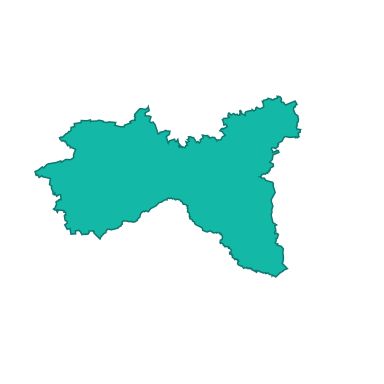 Planeta Rica, Córdoba, Colombia, rotated 64°
{"feature_id": "7082276B80590541322952", "entity_name": "Planeta Rica", "entity_type": "district", "adm_level": 2, "iso_a3": "COL", "parent_name": "Colombia", "parent_adm1": "Córdoba", "projection": "albers", "projection_center": [-75.58, 8.302], "detail": "fine", "context": "isolated", "style": "filled", "palette": "teal", "viewbox_px": 384, "rotation_deg": 64, "n_neighbors": 0, "source": "geoboundaries", "source_scale": "gbopen_adm2", "svg_char_len": 6055}
<svg xmlns="http://www.w3.org/2000/svg" viewBox="0 0 384 384"><g transform="rotate(64 192 192)"><path d="M96.3,194.0L97.0,194.7L97.3,197.9L94.8,201.1L94.4,202.9L97.2,209.6L98.2,209.7L98.8,210.6L100.4,210.2L100.9,211.3L102.6,211.7L101.5,214.2L101.5,216.5L101.7,217.1L103.1,216.6L102.3,223.4L103.7,224.5L101.9,227.8L98.3,232.2L96.1,230.1L92.5,236.0L92.4,237.8L90.3,240.9L89.4,240.8L88.1,242.2L86.5,244.7L86.6,246.1L84.2,251.5L84.3,252.4L82.7,251.7L81.8,255.5L79.2,260.2L81.0,261.3L78.9,267.9L81.8,268.7L80.9,272.4L83.7,273.9L84.2,275.8L83.6,276.4L84.7,278.0L84.4,279.6L86.1,284.6L85.2,285.5L85.2,287.3L87.1,287.4L89.3,286.5L89.3,285.2L90.9,284.4L91.0,283.6L95.9,283.4L95.8,282.4L97.9,281.4L98.9,282.0L99.0,281.0L102.7,277.9L106.3,281.9L109.3,283.5L109.7,287.0L107.4,291.2L108.0,296.4L106.5,296.3L106.0,301.0L103.8,308.5L103.7,310.5L105.3,314.9L103.8,315.6L105.0,320.7L104.8,324.1L108.7,324.8L108.9,323.2L111.9,323.0L111.6,319.8L112.9,319.5L117.7,313.3L122.8,316.8L125.3,315.6L127.1,316.7L130.7,316.9L133.1,317.8L134.1,316.9L132.9,315.7L136.5,315.6L136.1,312.6L136.9,311.3L141.5,313.1L140.6,314.4L140.8,315.6L141.4,315.9L141.0,317.4L141.3,318.6L144.3,319.4L144.8,320.8L146.2,321.6L146.6,323.9L148.1,323.3L149.0,321.0L150.1,322.0L151.2,321.9L149.6,320.0L152.6,315.2L154.0,316.0L154.6,314.5L157.4,315.6L156.9,316.7L157.5,317.2L162.1,318.5L163.1,317.3L165.3,317.6L165.7,320.8L170.9,320.5L171.4,317.6L176.8,319.3L178.6,314.9L175.7,313.9L176.7,311.6L176.5,310.7L178.8,309.7L182.1,309.6L182.8,306.5L183.4,306.5L184.3,303.8L183.6,303.2L183.6,302.4L182.0,301.6L183.7,297.7L184.4,298.0L184.8,297.4L185.9,298.1L193.9,295.3L192.2,293.2L190.6,288.8L190.8,287.2L189.7,286.6L188.4,284.1L190.7,280.8L192.0,274.4L191.3,272.8L191.3,270.6L190.5,269.9L190.4,268.8L189.1,268.4L187.9,266.8L188.9,264.2L191.2,261.4L192.1,258.9L192.8,258.9L193.8,256.7L193.5,253.5L192.5,252.9L191.7,250.0L188.7,247.4L187.9,244.4L189.0,243.2L188.5,242.0L190.6,239.9L188.8,236.3L188.7,230.4L187.1,226.3L187.7,223.7L187.1,220.0L188.1,217.9L187.4,217.8L187.0,216.0L188.2,214.8L188.1,213.6L189.7,212.5L189.8,211.3L191.9,210.2L191.9,208.6L194.0,206.2L195.7,206.0L196.0,205.3L199.2,205.2L200.1,203.5L201.8,202.5L202.6,202.7L202.9,202.0L204.5,203.4L205.3,203.1L208.0,204.8L208.9,203.9L210.7,203.9L212.8,205.0L213.3,204.5L213.6,205.3L215.1,205.6L216.9,203.9L218.2,204.3L220.2,202.9L221.6,203.4L222.8,203.0L228.7,198.5L231.1,199.2L234.5,196.1L234.9,192.6L238.1,190.8L239.1,187.9L239.7,187.7L239.6,186.7L241.4,184.6L241.8,185.0L242.3,184.4L242.7,184.9L243.1,184.3L245.2,184.0L247.9,185.7L247.7,187.6L250.1,189.1L250.7,188.9L250.6,187.9L252.1,187.0L253.8,187.0L254.5,186.3L255.4,186.7L257.0,183.3L258.0,183.7L258.3,183.0L258.8,183.5L259.4,182.7L261.7,182.1L263.0,183.4L262.7,184.7L264.5,185.2L265.0,183.6L266.0,183.9L266.9,183.4L268.3,184.4L270.3,183.2L271.4,183.2L271.2,182.4L272.1,182.0L271.9,181.2L273.0,180.5L273.4,180.9L274.5,180.5L274.4,181.0L276.3,182.4L277.6,182.4L280.1,180.4L280.4,179.6L283.2,179.0L283.2,177.7L284.1,176.5L283.8,175.9L285.5,175.2L285.3,174.1L285.9,173.9L286.3,172.5L286.8,172.9L287.3,172.0L288.1,172.2L290.2,170.7L290.3,169.7L291.0,169.7L291.0,168.5L291.5,169.7L292.3,169.3L291.5,168.5L292.0,168.4L291.6,167.8L292.2,166.5L293.8,165.7L295.1,163.9L295.9,163.8L296.9,161.2L297.7,161.4L298.0,159.3L299.9,158.6L302.1,156.0L302.6,156.5L302.5,155.6L305.1,153.9L303.4,148.9L302.9,144.4L302.4,143.9L302.7,139.9L295.7,142.2L294.1,140.4L290.7,138.4L286.2,136.9L283.3,134.8L280.1,135.5L277.2,138.5L276.1,137.7L275.8,138.9L274.1,139.4L273.0,137.9L270.9,137.1L271.1,135.9L268.1,133.0L266.0,134.0L265.9,135.8L264.4,135.6L263.9,133.7L258.8,132.5L258.7,130.4L254.9,132.7L247.5,131.0L244.9,128.8L243.0,128.2L240.2,125.5L235.4,124.9L233.4,123.9L229.0,117.5L221.9,116.4L220.4,115.3L218.6,115.3L213.9,120.7L211.3,120.9L210.5,122.7L208.1,124.3L208.5,123.4L206.8,121.7L207.3,120.9L206.9,119.7L208.1,118.4L207.7,116.5L208.2,115.9L207.4,115.6L207.6,113.9L206.6,113.3L206.6,112.3L204.8,111.2L204.7,107.6L202.4,106.7L199.4,109.1L198.0,105.6L194.2,103.0L194.5,96.5L192.6,96.2L191.5,97.9L192.2,98.4L191.8,102.2L190.3,101.5L188.3,102.0L187.3,101.0L188.2,98.7L189.3,98.3L189.4,97.1L188.8,94.8L188.2,94.9L187.3,93.5L186.5,93.8L186.0,92.8L185.7,88.7L183.4,85.8L182.9,83.9L185.7,80.4L187.6,75.4L188.5,75.3L188.1,74.3L189.4,73.8L189.2,71.6L188.3,72.0L187.5,71.1L185.7,70.9L185.7,68.5L184.3,68.0L183.5,67.0L181.3,70.3L179.1,69.6L178.9,68.7L175.6,67.0L175.6,66.0L173.7,64.6L169.7,63.5L167.3,65.0L162.6,64.7L160.5,63.4L160.8,62.0L159.4,60.8L159.3,59.2L155.4,59.5L154.8,69.9L151.4,70.5L150.7,72.2L149.1,72.3L148.7,71.3L146.6,70.7L145.3,71.0L144.4,72.4L143.5,71.8L144.4,72.9L143.4,73.5L145.1,74.3L144.4,77.4L145.1,78.3L143.9,79.8L144.5,80.5L143.4,79.9L141.1,82.7L141.8,84.4L141.0,87.3L141.6,88.0L141.3,89.1L143.9,89.2L147.1,90.3L147.1,94.1L145.1,96.5L144.2,96.5L144.6,98.0L146.1,98.7L146.2,100.9L144.2,101.8L144.9,102.3L143.5,108.0L144.0,109.5L146.4,110.7L142.3,113.6L141.9,112.4L140.0,112.7L140.1,113.6L142.9,114.3L142.8,114.9L143.9,115.5L143.1,117.0L141.9,117.4L141.5,119.3L139.8,120.0L139.8,123.3L137.5,123.8L137.2,124.6L139.4,126.4L141.2,125.7L141.0,128.6L139.8,131.0L140.4,133.1L142.2,132.9L145.9,134.0L146.1,131.8L148.7,131.6L149.0,136.6L148.3,136.5L148.0,137.7L149.2,140.1L150.7,138.5L155.7,137.4L155.7,140.5L157.8,143.3L156.3,146.4L156.9,147.2L153.0,147.7L151.6,149.9L151.2,152.6L149.6,152.5L149.5,153.3L148.1,153.1L147.3,155.2L145.4,157.8L148.1,158.1L148.6,161.8L150.2,162.1L151.3,164.2L149.2,164.5L149.5,166.3L143.8,166.8L143.2,168.2L142.8,168.1L141.4,169.6L140.9,171.0L143.0,171.4L142.8,173.2L145.3,172.4L145.5,174.3L144.2,175.4L147.9,175.8L147.6,177.3L149.1,178.9L147.2,180.8L147.6,181.4L145.7,181.8L146.4,183.7L144.9,183.9L144.6,182.1L142.1,182.7L138.5,181.7L140.0,184.3L138.9,184.9L136.9,184.5L136.1,189.7L137.8,192.0L130.9,190.8L130.3,187.1L127.6,185.2L126.0,188.2L125.1,188.5L125.2,191.4L124.3,194.6L125.0,195.0L125.1,197.0L115.4,195.7L112.1,196.3L111.7,198.4L109.9,199.4L106.5,195.9L105.3,196.7L103.0,200.6L100.3,199.2L100.1,194.8L96.3,194.0Z" fill="#14b8a6" stroke="#0f766e" stroke-width="1.5"/></g></svg>